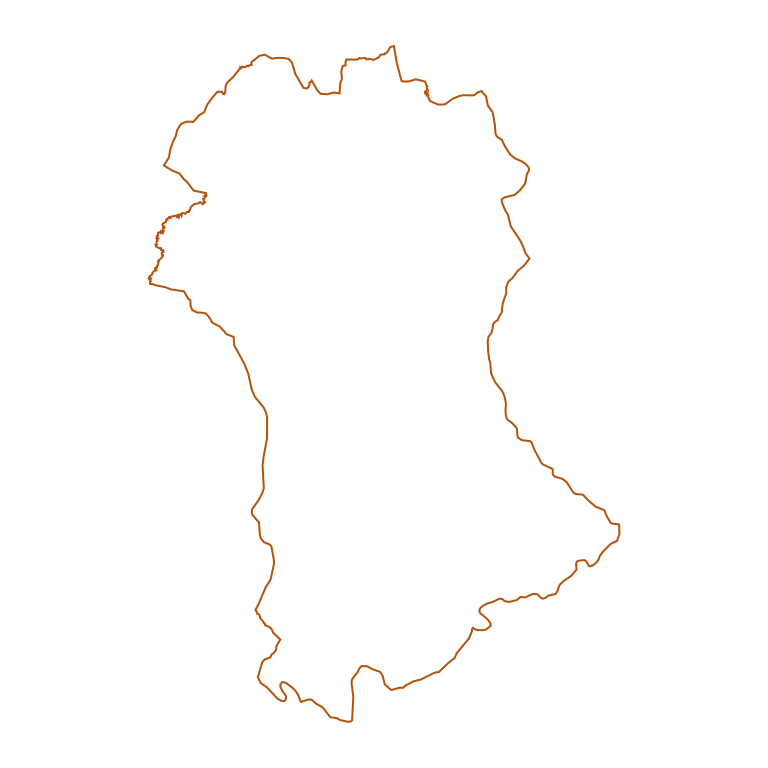 the district of Lahan Sai, Buri Ram, Thailand
{"feature_id": "78962969B50384711100883", "entity_name": "Lahan Sai", "entity_type": "district", "adm_level": 2, "iso_a3": "THA", "parent_name": "Thailand", "parent_adm1": "Buri Ram", "projection": "natural_earth1", "projection_center": [102.826, 14.325], "detail": "fine", "context": "isolated", "style": "outline", "palette": "amber", "viewbox_px": 768, "rotation_deg": 0, "n_neighbors": 0, "source": "geoboundaries", "source_scale": "gbopen_adm2", "svg_char_len": 6030}
<svg xmlns="http://www.w3.org/2000/svg" viewBox="0 0 768 768"><path d="M524.8,184.1L525.5,182.2L526.8,174.4L529.1,170.3L528.8,168.2L528.1,166.6L525.0,163.5L521.6,161.3L514.8,158.3L510.3,154.6L505.3,147.1L501.7,139.6L498.0,137.4L496.4,135.8L495.5,133.5L494.9,125.2L492.7,112.4L487.9,105.7L486.0,96.2L482.6,92.8L481.8,91.1L477.6,92.3L474.4,95.1L473.2,95.4L463.5,95.2L459.3,96.0L452.4,98.9L445.6,104.0L443.2,104.5L438.0,104.5L430.5,101.2L429.4,100.2L429.3,99.0L428.1,97.1L428.3,95.1L427.3,94.9L427.5,93.4L426.6,94.6L426.5,93.0L425.4,93.6L425.0,92.8L424.8,91.7L427.6,89.6L426.7,87.7L427.3,86.3L426.5,85.7L425.1,81.6L415.7,79.3L408.7,81.5L402.5,81.4L401.5,80.8L396.8,63.2L393.9,46.1L390.3,47.0L388.0,51.0L386.4,52.9L384.9,53.5L384.6,54.3L380.5,54.7L379.1,57.1L374.6,59.5L373.7,59.8L369.0,58.8L368.2,59.4L366.0,59.2L365.9,58.2L364.8,57.9L360.3,58.5L359.2,58.0L358.1,59.3L355.0,59.6L346.3,59.5L345.5,62.3L345.5,65.4L342.8,65.9L341.2,71.7L342.0,78.6L340.2,83.4L339.6,93.4L333.9,92.5L327.1,94.3L320.5,93.8L317.1,90.0L311.7,80.5L310.7,82.1L309.3,82.6L309.6,84.3L308.2,87.5L306.6,88.5L303.4,87.8L295.5,74.3L291.8,62.3L288.6,58.9L282.8,57.9L275.5,58.0L273.0,58.7L270.7,58.1L265.0,54.7L259.2,55.9L251.4,62.3L251.7,64.8L249.7,65.0L248.6,66.2L247.1,65.7L245.4,67.1L243.7,67.2L242.5,66.5L241.5,67.6L240.4,67.2L240.6,68.3L240.2,68.1L233.7,76.4L227.1,82.8L225.6,86.0L225.3,92.0L224.2,94.2L223.1,94.0L222.1,92.0L217.6,91.6L212.6,97.3L207.1,104.8L204.2,112.1L199.2,115.1L193.4,121.9L187.3,121.6L182.0,123.3L180.1,125.2L177.1,130.3L175.8,136.1L173.1,141.4L170.4,149.1L168.8,157.8L163.9,165.5L172.8,170.9L179.3,173.4L183.9,179.2L187.2,182.1L193.2,190.1L194.1,190.8L205.8,193.0L206.3,194.0L205.2,195.2L206.2,194.9L206.5,195.8L204.5,197.9L204.3,199.1L203.3,199.1L203.9,200.8L203.6,201.6L205.0,202.3L202.7,204.2L200.0,202.0L198.8,203.2L194.0,204.2L190.8,207.1L190.0,210.0L189.1,210.5L189.0,212.0L186.8,212.0L185.3,213.9L183.9,213.2L182.0,213.2L181.5,215.7L180.8,214.2L177.9,214.9L177.7,215.5L179.1,216.3L178.7,217.8L177.9,217.0L176.9,217.1L176.4,215.5L170.4,216.8L170.4,218.0L169.0,217.2L167.8,218.5L167.5,219.7L166.3,219.5L165.9,221.9L162.9,223.6L162.5,224.8L163.1,227.0L164.0,226.5L164.6,227.3L164.4,228.0L163.6,227.8L163.1,228.8L162.8,230.3L163.6,230.6L163.5,231.8L162.7,233.1L161.8,231.2L161.0,230.9L160.6,232.9L159.9,232.2L158.2,232.6L157.9,234.1L158.2,235.0L157.5,235.6L157.7,236.2L156.8,236.4L157.8,237.8L157.0,237.6L156.4,238.4L157.5,239.2L157.1,239.9L157.5,240.7L156.8,240.9L156.4,243.3L156.9,244.4L155.7,244.8L156.3,245.3L156.0,246.5L160.2,248.6L161.0,248.2L161.1,249.8L162.6,250.4L163.8,249.7L163.2,250.6L163.4,252.1L162.0,252.5L161.6,253.7L162.1,255.0L163.0,255.1L163.0,255.9L159.9,259.6L158.5,260.1L158.8,261.3L158.0,261.7L158.4,262.8L158.0,265.1L157.2,265.6L157.0,267.4L156.0,267.7L156.1,268.7L155.4,267.9L155.0,268.2L155.7,270.5L154.2,271.0L152.3,272.9L152.2,274.4L150.0,276.1L150.1,277.0L149.3,276.9L148.6,278.5L149.1,279.0L150.0,278.2L151.1,278.6L149.9,280.2L150.8,281.3L149.9,282.0L150.1,284.0L153.5,284.3L155.3,285.2L165.4,287.2L171.3,289.5L183.9,291.3L188.3,298.9L190.3,300.1L190.6,305.8L192.2,310.0L197.0,312.5L202.8,312.8L205.8,313.5L208.8,316.7L212.5,322.8L219.9,326.6L226.7,334.3L233.6,336.9L234.2,345.1L244.7,364.6L248.2,373.5L251.7,389.1L253.3,393.4L254.9,396.8L263.7,407.6L265.7,411.9L267.1,416.8L267.0,438.3L263.6,456.8L262.6,465.4L263.8,488.2L262.3,493.1L258.6,500.1L252.1,509.3L251.8,512.0L251.9,513.5L253.2,515.8L259.0,522.5L259.8,534.0L260.7,538.1L263.8,542.1L268.8,544.1L270.3,545.0L271.5,546.8L274.0,560.6L274.0,563.7L270.6,579.6L265.8,587.0L258.7,603.8L255.4,610.2L256.6,611.4L257.0,613.6L258.5,613.9L259.3,614.7L260.4,618.5L262.9,621.2L263.8,623.0L264.9,623.4L265.1,625.1L270.2,627.5L272.1,630.0L273.1,632.7L280.3,639.5L276.6,645.9L275.9,650.0L274.0,652.8L271.4,654.7L270.4,657.4L265.0,659.3L262.3,662.2L257.8,677.1L260.8,683.1L267.3,687.7L277.4,698.5L281.0,700.7L283.9,701.2L284.9,700.7L286.0,698.6L286.0,695.9L282.5,691.2L280.5,687.3L280.4,684.4L282.2,682.2L283.6,682.1L286.3,683.2L292.4,687.7L295.3,690.7L297.9,694.2L300.8,701.9L308.2,699.6L311.6,699.6L316.0,703.6L322.7,707.4L330.3,717.2L336.7,718.2L340.1,720.0L348.4,721.9L351.3,721.2L352.1,720.2L353.3,696.7L351.6,683.4L351.7,680.9L352.2,679.2L357.9,671.6L359.7,668.0L361.6,666.1L367.0,666.2L373.1,669.5L380.0,671.8L382.6,675.6L384.7,684.2L390.5,689.5L391.9,689.9L399.7,687.7L403.0,687.8L406.2,685.1L414.0,681.2L420.9,679.5L434.5,672.7L438.9,672.0L448.5,662.8L454.6,658.1L456.7,653.2L469.0,638.4L471.8,631.6L472.3,628.5L473.0,627.9L475.3,629.5L478.4,630.2L483.5,630.1L486.2,629.5L490.7,625.6L490.4,623.0L489.6,621.9L487.2,619.0L480.2,613.1L479.4,611.6L479.8,609.0L480.9,607.4L483.7,605.3L488.1,603.2L492.3,602.2L499.5,598.6L502.6,599.2L504.3,601.0L509.0,602.0L516.9,600.0L520.5,597.0L525.1,597.4L532.6,594.0L537.5,594.2L541.0,597.9L542.8,598.7L545.8,597.7L548.1,595.7L555.5,594.0L557.2,591.6L559.1,586.0L560.3,584.1L564.0,580.7L570.8,576.2L576.5,569.6L576.1,563.4L577.3,561.2L581.3,560.3L584.7,560.2L586.3,561.4L588.9,565.9L589.8,566.3L592.8,565.4L596.9,562.0L598.7,559.2L599.8,556.0L603.2,551.4L609.9,544.7L611.6,543.3L617.0,541.0L619.4,534.1L619.1,524.5L610.9,523.3L606.5,515.7L604.6,510.7L603.6,509.8L595.7,506.8L588.1,500.2L582.9,494.7L575.7,493.9L573.4,492.7L567.2,482.9L565.4,481.0L562.0,478.7L555.0,476.7L553.3,475.1L552.7,473.7L552.8,470.3L552.3,468.9L543.1,464.5L541.7,463.4L533.8,448.7L532.1,443.4L530.4,441.2L522.0,440.2L518.4,437.9L517.5,436.1L516.9,429.0L516.2,427.5L512.9,423.8L507.5,419.6L506.6,418.0L505.9,415.3L505.5,410.1L506.0,403.6L504.8,397.3L502.5,391.6L495.3,382.4L492.2,376.1L491.0,372.6L490.3,362.8L489.2,359.5L488.1,351.2L487.7,341.4L488.5,336.8L491.3,333.0L492.3,330.1L493.3,323.8L495.0,321.9L497.6,320.2L499.3,316.3L501.6,312.8L502.7,303.6L506.3,293.0L506.1,287.6L508.2,281.8L512.6,277.9L517.4,271.1L523.9,265.8L529.5,258.5L525.6,253.4L522.9,246.1L519.8,239.8L510.8,226.4L507.9,214.6L505.2,210.5L501.9,202.2L501.7,199.8L502.3,198.8L505.1,197.2L514.6,194.9L519.7,190.5L524.8,184.1Z" fill="none" stroke="#b45309" stroke-width="2"/></svg>